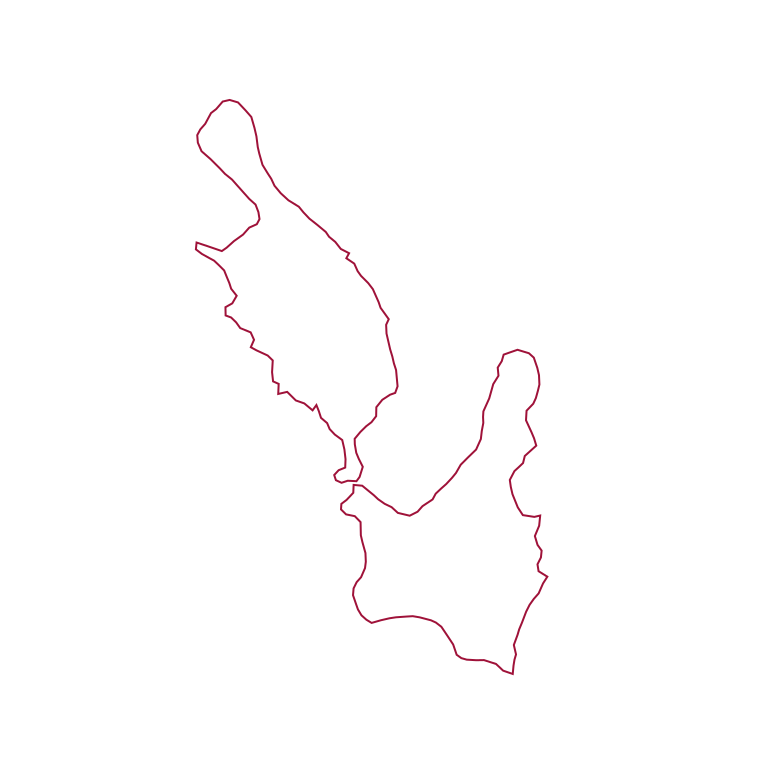 Aigialousa, Cyprus (orthographic projection), rotated 257°
{"feature_id": "46923920B6502915475397", "entity_name": "Aigialousa", "entity_type": "district", "adm_level": 2, "iso_a3": "CYP", "parent_name": "Cyprus", "parent_adm1": "", "projection": "orthographic", "projection_center": [34.239, 35.544], "detail": "fine", "context": "isolated", "style": "outline", "palette": "rose", "viewbox_px": 768, "rotation_deg": 257, "n_neighbors": 0, "source": "geoboundaries", "source_scale": "gbopen_adm2", "svg_char_len": 3109}
<svg xmlns="http://www.w3.org/2000/svg" viewBox="0 0 768 768"><g transform="rotate(257 384 384)"><path d="M292.5,331.7L284.9,329.6L279.5,321.5L276.8,315.5L271.5,313.9L265.5,317.7L261.8,325.8L254.7,330.1L241.8,327.4L234.8,327.4L223.5,327.9L214.9,326.3L208.9,324.1L200.9,318.2L197.1,312.8L191.7,308.4L185.2,306.3L175.5,307.3L170.2,307.9L163.7,310.0L158.3,313.8L154.0,318.2L154.5,327.9L154.5,336.6L154.0,343.1L152.3,353.9L151.3,359.8L148.6,366.3L143.2,376.6L139.9,380.9L134.5,385.3L124.8,389.0L114.6,392.8L103.8,393.9L99.5,397.7L96.8,402.6L94.1,411.8L92.5,419.3L86.0,430.2L77.9,435.6L72.5,444.2L80.6,446.9L86.0,449.1L90.8,451.8L100.5,451.8L109.7,457.8L114.5,460.5L120.5,464.8L130.2,471.3L136.1,476.2L140.9,481.6L145.2,487.6L153.9,494.1L159.5,499.8L166.8,492.5L173.8,493.0L179.7,497.9L186.2,500.1L192.7,497.4L201.9,496.8L211.0,503.3L220.7,506.6L220.7,500.6L225.0,489.8L233.7,486.6L247.7,484.4L255.2,484.4L262.2,485.0L269.8,491.5L272.5,496.3L275.7,501.7L282.2,505.0L289.7,518.5L297.3,518.0L303.7,516.9L316.7,514.2L325.9,516.9L331.2,525.0L336.1,528.8L339.4,530.6L343.1,532.6L348.5,535.3L357.7,537.0L365.2,537.0L376.0,535.9L381.4,532.1L387.3,521.8L386.5,514.2L385.7,507.2L379.8,503.9L374.4,498.5L366.3,497.4L359.3,490.4L346.3,483.3L335.0,474.7L329.6,473.1L323.7,472.0L316.2,468.7L308.6,466.0L299.4,459.0L293.5,449.2L288.1,440.6L281.1,434.1L277.3,429.2L272.5,422.1L269.3,416.2L265.5,409.7L260.6,405.4L256.3,394.0L252.0,388.0L249.9,379.4L255.3,368.5L262.3,363.7L267.1,357.7L273.1,352.3L277.9,349.1L282.8,345.3L289.8,339.9L292.5,331.7ZM519.3,379.4L525.3,372.3L533.4,368.5L539.8,363.6L545.2,361.5L553.8,355.0L561.9,348.5L569.4,344.1L575.9,340.9L584.5,332.2L593.1,326.3L601.8,321.9L609.3,320.3L614.5,318.4L616.8,317.6L624.9,314.9L636.8,314.3L643.2,314.3L654.0,315.4L662.6,315.4L674.0,314.8L682.0,310.5L691.2,305.1L695.5,297.5L695.5,290.4L689.6,282.3L686.9,276.4L677.7,268.3L673.4,262.3L668.5,258.0L661.0,256.9L651.8,258.6L642.1,265.6L630.8,272.7L624.4,276.4L617.4,281.9L610.4,285.7L594.7,294.3L587.7,299.2L579.7,300.3L572.7,299.8L568.3,296.0L566.7,287.9L561.3,280.3L557.0,270.0L552.2,261.3L550.0,255.9L558.1,242.9L564.0,233.2L557.5,231.0L551.6,235.9L546.2,241.9L542.4,246.2L537.6,249.4L530.6,253.8L523.6,254.9L517.1,256.0L511.2,256.5L503.1,260.3L496.7,254.3L494.5,246.8L486.4,245.1L483.2,250.0L477.3,253.8L470.8,256.5L464.3,265.7L456.3,267.3L449.8,262.5L445.5,267.3L437.9,277.1L432.0,280.9L420.7,277.6L411.5,276.5L407.8,281.4L398.1,278.7L398.1,287.9L387.8,294.4L383.0,302.0L374.4,308.5L378.7,313.4L372.2,314.4L365.2,315.0L358.7,319.8L352.3,320.9L345.8,324.7L338.8,330.7L329.1,330.7L319.4,329.6L311.3,327.4L310.2,320.4L306.5,315.0L301.1,315.5L297.3,320.4L297.9,326.9L295.5,335.3L298.9,339.3L308.1,344.7L316.7,342.6L323.2,341.5L331.8,342.0L337.2,343.1L342.6,350.2L346.9,357.2L349.6,363.2L354.4,369.1L363.1,371.3L369.0,378.8L372.2,387.5L372.8,392.9L378.7,396.7L394.9,398.9L401.9,398.3L408.9,398.3L416.4,397.8L427.2,397.8L432.6,397.8L441.2,399.4L446.1,403.2L459.0,397.8L464.9,397.2L478.9,394.5L485.9,391.3L494.6,385.9L499.9,383.7L508.0,382.1L515.0,375.6L519.3,379.4Z" fill="none" stroke="#9f1239" stroke-width="2"/></g></svg>